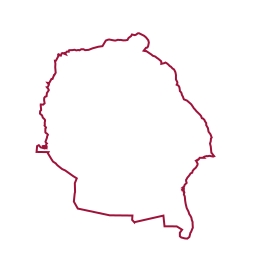 San Juan Tabaá, Oaxaca, Mexico (Robinson projection), rotated 103°
{"feature_id": "50627088B48503971747263", "entity_name": "San Juan Tabaá", "entity_type": "district", "adm_level": 2, "iso_a3": "MEX", "parent_name": "Mexico", "parent_adm1": "Oaxaca", "projection": "robinson", "projection_center": [-96.222, 17.319], "detail": "fine", "context": "isolated", "style": "outline", "palette": "rose", "viewbox_px": 256, "rotation_deg": 103, "n_neighbors": 0, "source": "geoboundaries", "source_scale": "gbopen_adm2", "svg_char_len": 3450}
<svg xmlns="http://www.w3.org/2000/svg" viewBox="0 0 256 256"><g transform="rotate(103 128 128)"><path d="M222.4,45.3L220.4,43.7L216.0,43.6L215.2,43.2L212.0,42.7L210.6,42.4L206.5,43.6L205.1,43.9L203.0,45.3L202.2,45.6L201.1,46.1L199.2,47.7L198.3,48.8L195.8,50.3L192.8,52.8L188.8,54.8L186.1,55.9L182.2,57.2L181.3,57.7L181.0,58.0L180.5,58.4L180.0,58.7L178.1,58.6L177.5,59.0L177.6,59.3L175.8,59.7L176.1,60.2L175.3,60.1L175.6,60.8L174.8,60.6L175.0,61.1L173.3,60.5L173.4,61.0L172.4,60.2L170.6,60.0L168.3,58.5L167.0,59.2L166.6,59.5L165.3,59.7L164.4,59.3L163.1,59.0L160.6,57.7L158.2,56.8L157.1,55.4L155.1,55.3L153.2,54.3L151.9,53.3L151.0,52.8L148.4,52.0L147.2,52.1L145.0,54.0L143.9,53.1L143.9,53.7L142.1,51.8L140.9,51.5L140.1,48.0L140.0,48.3L139.5,47.9L138.7,47.0L137.6,44.9L137.6,43.9L137.2,43.3L136.8,42.4L136.7,38.6L136.1,37.7L134.7,39.5L134.1,40.1L133.5,40.9L133.4,41.2L127.4,43.2L124.7,44.6L122.3,44.4L119.5,44.8L118.5,44.3L115.6,46.2L113.5,48.7L110.1,50.1L107.7,52.4L105.6,52.9L105.1,53.5L103.9,54.7L102.9,55.4L101.9,57.0L101.9,58.1L101.8,58.3L100.0,59.4L99.0,60.6L98.0,62.2L96.2,65.2L94.7,67.1L94.0,68.3L93.0,69.2L90.7,71.7L90.3,72.4L88.0,76.7L87.5,80.0L86.5,80.7L85.3,81.4L83.5,83.0L82.1,83.6L81.0,84.7L80.4,85.7L80.2,85.8L78.7,86.3L76.8,87.1L76.5,87.3L75.3,88.5L74.9,90.3L73.7,90.0L72.3,90.2L69.9,92.2L66.5,93.0L65.8,93.1L62.9,94.4L60.6,96.3L60.0,98.0L58.6,100.0L58.3,101.2L57.1,103.0L56.2,104.8L55.8,106.2L56.8,107.5L57.2,108.4L57.9,109.8L58.0,110.0L56.9,110.2L55.5,110.7L54.1,113.4L53.7,114.2L52.9,116.3L52.4,117.1L52.2,117.9L52.1,118.9L52.0,120.2L51.2,121.6L48.9,127.6L49.2,128.2L49.2,129.9L49.2,130.1L45.8,128.5L45.2,127.2L43.7,126.8L40.1,126.9L37.9,128.0L35.7,130.8L34.5,133.1L33.2,138.6L33.6,139.8L35.3,141.2L36.0,142.3L36.0,143.5L36.0,145.2L37.8,145.7L40.1,147.7L42.3,148.3L43.1,150.1L43.4,151.2L43.7,152.4L43.8,154.8L44.2,156.3L44.3,157.7L45.0,158.8L45.6,159.9L45.8,161.0L45.9,163.2L46.0,166.2L46.5,167.4L47.8,169.3L54.0,171.3L55.5,175.2L58.3,180.4L60.7,183.9L61.8,187.3L61.3,189.0L61.8,191.3L63.2,192.7L63.2,194.0L64.0,195.9L63.8,197.7L64.7,199.9L65.4,202.8L66.2,203.0L67.0,202.9L67.2,204.6L68.5,205.4L69.0,206.4L70.2,205.3L69.7,208.6L70.2,209.4L72.6,209.7L72.6,210.7L71.7,212.1L72.1,212.6L73.8,212.1L77.7,213.1L78.8,213.5L78.9,214.3L81.7,213.2L85.1,212.6L90.4,210.9L93.1,211.7L93.1,212.0L97.2,212.6L97.4,213.6L101.9,214.9L102.1,216.6L103.6,214.8L106.1,215.4L106.5,216.2L108.2,214.1L109.0,213.7L112.2,214.9L115.4,214.5L116.2,215.8L117.6,216.4L119.8,216.0L122.7,214.8L124.3,215.9L124.7,218.3L125.4,218.2L129.3,216.9L130.2,216.7L131.3,217.4L133.8,217.0L135.1,214.5L137.0,213.4L138.2,211.4L139.0,210.6L140.3,210.4L141.3,210.4L143.5,209.8L144.4,209.9L146.0,208.0L146.3,208.0L147.1,208.4L150.7,207.6L151.2,207.1L151.8,205.5L152.6,204.5L154.2,204.9L155.7,204.8L160.0,205.3L160.8,204.5L161.3,203.6L161.7,203.9L162.6,204.0L163.2,203.9L164.3,203.1L164.9,202.9L165.6,203.5L166.1,203.1L166.4,204.5L164.5,204.8L164.3,205.5L164.8,206.8L166.6,205.7L166.5,208.8L164.8,211.0L166.1,212.5L171.9,211.7L169.4,200.1L170.6,200.4L175.8,195.4L177.6,193.5L178.7,190.5L178.9,190.1L179.5,189.5L180.4,188.0L182.0,184.7L182.8,183.0L183.5,179.6L187.1,170.9L188.6,166.6L193.7,167.4L196.8,166.6L202.2,165.2L204.0,165.2L211.9,164.2L217.8,158.8L217.2,126.2L212.3,104.0L216.6,103.3L218.6,100.4L218.2,100.3L205.4,73.8L215.6,70.3L212.9,58.4L214.9,52.4L218.4,53.9L221.8,53.1L222.7,51.5L222.7,50.2L222.8,47.7L222.4,45.3Z" fill="none" stroke="#9f1239" stroke-width="2"/></g></svg>